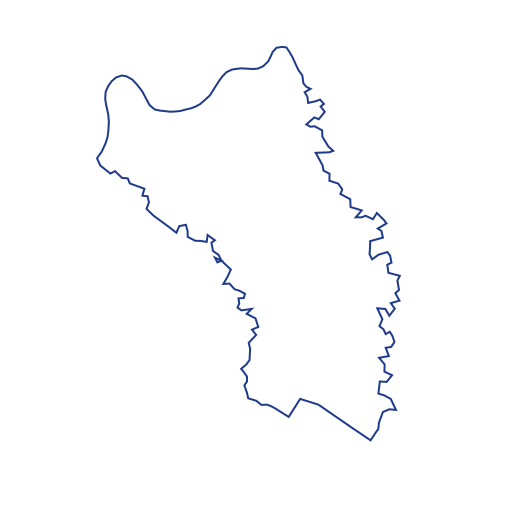 Erval Grande, Rio Grande do Sul, Brazil (Mercator projection), rotated 349°
{"feature_id": "56859067B56856517935555", "entity_name": "Erval Grande", "entity_type": "district", "adm_level": 2, "iso_a3": "BRA", "parent_name": "Brazil", "parent_adm1": "Rio Grande do Sul", "projection": "mercator", "projection_center": [-52.58, -27.365], "detail": "fine", "context": "isolated", "style": "outline", "palette": "blue", "viewbox_px": 512, "rotation_deg": 349, "n_neighbors": 0, "source": "geoboundaries", "source_scale": "gbopen_adm2", "svg_char_len": 2717}
<svg xmlns="http://www.w3.org/2000/svg" viewBox="0 0 512 512"><g transform="rotate(349 256 256)"><path d="M118.6,129.7L120.4,137.5L128.8,147.3L133.8,145.8L139.4,153.8L144.9,155.3L146.0,160.7L159.3,168.7L156.0,175.1L161.0,176.7L161.1,183.1L157.5,188.8L163.3,197.1L176.1,210.9L182.3,218.0L186.4,212.0L193.1,212.0L193.6,218.7L192.6,224.2L199.3,229.5L203.7,230.4L210.3,232.7L212.5,226.2L218.6,232.7L214.8,234.4L214.8,243.0L219.4,247.6L221.2,254.0L228.7,264.5L224.3,270.7L218.6,277.2L224.7,278.0L228.6,284.5L233.0,286.9L238.0,291.0L236.0,294.9L230.7,294.3L230.5,299.4L228.0,303.1L231.3,306.6L241.6,307.1L235.8,311.0L243.6,317.1L244.7,326.1L238.0,327.5L241.1,333.5L232.3,339.8L232.5,346.0L229.8,356.9L225.8,360.6L219.9,363.9L222.0,367.8L224.1,372.6L223.2,377.5L219.9,380.8L221.0,388.1L221.2,394.2L228.7,398.2L232.9,403.2L238.4,404.0L242.0,406.2L245.7,409.2L249.5,412.8L254.1,417.1L257.4,420.2L272.1,404.7L289.0,413.9L317.1,442.6L333.3,458.8L339.4,452.6L343.1,449.1L344.9,443.0L350.8,433.4L357.6,431.9L364.0,433.8L361.0,422.0L355.2,417.2L349.9,414.4L353.6,402.8L360.2,404.5L366.8,399.0L360.0,394.0L361.6,387.0L357.4,379.4L367.3,379.6L365.8,370.8L371.3,371.1L375.5,366.8L374.6,360.3L372.9,355.9L368.4,357.4L367.1,352.2L363.8,348.4L368.0,342.2L365.1,330.5L372.9,332.7L375.5,340.1L382.2,334.2L379.3,328.0L388.3,327.2L385.7,319.1L389.9,316.6L390.1,307.1L393.4,302.9L382.8,297.8L383.2,289.6L387.7,288.4L387.7,281.3L385.7,277.2L376.6,278.1L369.3,281.4L367.8,275.9L369.9,268.1L370.9,263.2L384.1,262.2L383.9,255.3L380.8,252.3L390.3,248.9L388.3,244.8L382.8,236.9L377.8,242.2L371.3,237.4L367.3,238.2L361.3,237.1L368.5,231.4L358.2,226.0L359.3,218.2L350.7,211.2L353.4,207.0L350.5,200.6L342.4,196.1L343.9,189.3L338.6,185.1L338.6,179.6L334.3,166.1L347.7,168.2L351.8,167.5L347.9,162.3L343.9,151.5L344.9,145.3L338.4,139.9L333.9,139.4L330.6,136.4L339.7,131.1L343.7,133.7L351.0,127.6L348.0,121.6L351.7,119.7L348.7,114.7L344.8,115.4L336.4,115.7L336.8,109.2L335.0,104.5L341.4,102.3L337.7,99.5L335.5,95.6L335.9,87.6L333.2,81.8L331.7,76.1L330.0,68.6L327.8,62.2L325.6,57.0L321.2,55.7L315.8,55.5L311.3,58.9L308.5,62.9L305.2,67.2L299.3,71.1L293.5,72.4L288.9,71.9L283.3,70.5L277.1,68.9L272.5,68.6L268.1,68.4L262.1,69.9L257.0,73.5L253.9,76.4L249.5,80.9L245.1,85.6L241.3,89.6L234.9,93.5L230.0,96.3L225.2,97.8L220.6,98.6L215.0,98.8L209.4,99.2L204.8,98.8L199.3,98.0L194.6,96.5L189.6,95.0L184.5,92.8L180.3,87.6L177.8,79.4L175.9,73.2L173.9,68.9L171.7,64.7L168.2,59.2L163.0,54.8L158.6,53.2L152.7,54.0L147.8,56.8L143.6,60.7L139.8,66.0L137.9,73.2L137.7,79.9L137.9,84.4L137.9,89.3L137.2,96.2L135.0,104.8L133.0,110.8L129.8,116.7L124.6,124.0L118.6,129.7ZM221.2,254.0L215.4,249.8L216.9,254.9L221.2,254.0Z" fill="none" stroke="#1e3a8a" stroke-width="2"/></g></svg>